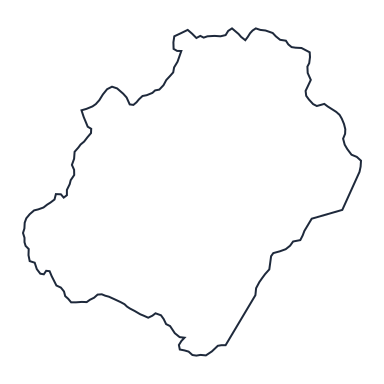 outline of Cajazeiras do Piauí, Piauí, Brazil
{"feature_id": "56859067B2210430930497", "entity_name": "Cajazeiras do Piauí", "entity_type": "district", "adm_level": 2, "iso_a3": "BRA", "parent_name": "Brazil", "parent_adm1": "Piauí", "projection": "robinson", "projection_center": [-42.476, -6.786], "detail": "fine", "context": "isolated", "style": "outline", "palette": "slate", "viewbox_px": 384, "rotation_deg": 0, "n_neighbors": 0, "source": "geoboundaries", "source_scale": "gbopen_adm2", "svg_char_len": 2413}
<svg xmlns="http://www.w3.org/2000/svg" viewBox="0 0 384 384"><path d="M24.7,222.7L24.4,228.5L23.0,233.0L24.5,237.8L24.5,242.2L25.6,245.9L28.7,249.0L28.5,255.2L29.7,261.1L34.7,262.7L36.8,269.1L40.3,273.7L43.8,274.3L46.2,270.8L49.6,271.2L51.6,276.0L56.4,285.5L60.9,287.6L64.0,291.5L65.2,296.1L68.2,298.8L71.1,302.3L76.4,302.3L81.9,301.9L86.7,302.1L89.9,299.8L94.1,297.7L97.6,294.6L101.8,294.3L105.2,295.7L108.9,296.7L114.6,299.3L120.6,302.1L124.5,304.2L127.0,306.6L129.9,308.5L134.7,311.0L140.3,314.3L143.5,315.6L148.2,317.7L152.4,315.7L155.5,313.3L161.0,315.3L163.7,319.1L166.1,324.1L170.1,326.1L174.8,333.2L179.6,337.1L184.5,337.7L181.4,341.0L178.9,345.0L179.8,349.5L184.4,350.4L188.6,351.6L192.4,355.0L196.4,355.6L200.5,354.9L205.9,355.4L211.9,351.4L217.8,345.8L221.4,345.2L225.6,345.2L255.4,295.2L256.1,288.2L259.4,282.0L262.0,278.3L265.1,274.1L269.3,269.4L270.2,262.9L271.1,256.2L273.3,253.1L279.9,251.3L285.7,249.2L290.1,245.7L293.1,241.5L300.3,240.1L302.7,235.4L304.4,230.9L311.7,218.7L342.3,209.9L359.5,171.9L360.6,166.7L361.0,160.7L356.8,156.9L351.5,154.7L347.3,149.1L344.7,144.7L343.1,138.7L345.1,133.8L345.3,129.2L344.0,124.0L341.8,118.7L339.6,114.9L336.1,111.8L331.7,109.0L327.6,106.4L324.3,103.9L320.8,104.9L316.8,106.0L313.1,104.1L308.9,99.5L306.2,95.8L305.6,90.9L307.7,86.5L310.8,79.9L307.7,73.0L307.4,66.6L309.2,63.2L310.0,57.1L309.7,52.3L301.5,48.0L295.6,47.7L291.6,47.1L288.3,44.4L285.9,40.7L280.1,39.8L275.8,36.3L272.7,33.0L268.7,31.6L265.5,30.5L260.3,29.9L255.8,28.4L252.6,30.5L250.1,33.2L247.7,37.0L245.3,40.2L241.1,36.9L238.6,34.0L232.0,28.4L228.2,30.9L225.6,35.1L220.5,36.3L214.6,35.9L207.5,36.3L203.7,37.6L200.3,35.9L196.4,38.0L192.1,33.7L187.7,29.9L180.5,33.4L174.3,36.3L173.4,42.3L173.6,48.9L177.1,50.9L181.3,51.0L177.5,61.8L174.1,67.4L173.2,72.4L170.1,75.9L166.3,80.0L163.5,85.2L159.3,89.6L155.1,90.4L152.4,92.9L146.7,95.2L142.5,96.0L138.9,99.4L136.5,102.3L133.4,104.9L129.7,104.4L126.6,97.5L123.2,93.7L117.1,88.4L112.0,86.7L107.1,89.2L102.9,94.4L99.3,100.2L95.8,104.1L92.5,106.4L86.4,108.9L81.5,110.3L83.7,117.0L86.2,123.0L87.7,126.7L91.2,128.8L91.0,133.1L87.5,137.2L84.1,141.6L80.6,144.5L78.4,147.5L74.6,151.8L74.1,158.8L71.9,164.9L74.1,169.8L74.2,175.0L70.7,180.2L69.7,184.2L66.9,189.9L66.9,195.2L63.7,197.6L60.9,194.3L55.9,194.1L54.5,199.5L50.4,202.6L47.2,204.6L43.5,207.5L38.2,209.4L34.1,210.4L29.7,214.2L26.3,218.3L24.7,222.7Z" fill="none" stroke="#1e293b" stroke-width="2"/></svg>